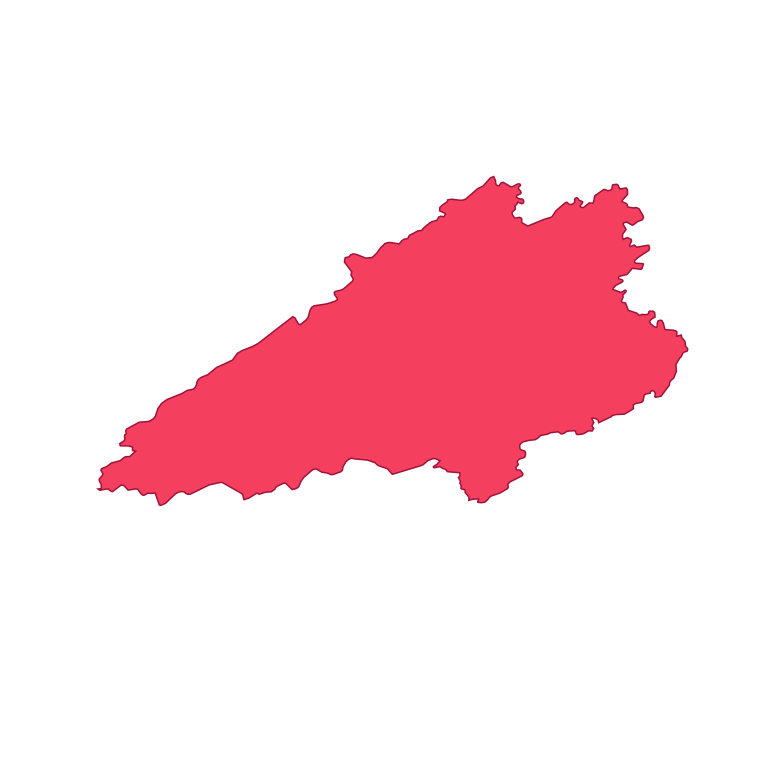 map outline of Kurgan (Equal Earth projection), rotated 157°
{"feature_id": "RUS-2380", "entity_name": "Kurgan", "entity_type": "Region", "adm_level": 1, "iso_a3": "RUS", "parent_name": "Russia", "parent_adm1": "", "projection": "equal_earth", "projection_center": [64.14, 55.502], "detail": "fine", "context": "isolated", "style": "filled", "palette": "rose", "viewbox_px": 768, "rotation_deg": 157, "n_neighbors": 0, "source": "natural_earth", "source_scale": "10m", "svg_char_len": 6121}
<svg xmlns="http://www.w3.org/2000/svg" viewBox="0 0 768 768"><g transform="rotate(157 384 384)"><path d="M688.2,399.1L685.2,398.1L683.6,401.8L683.9,406.1L683.3,407.8L679.2,409.8L677.8,411.1L678.3,414.2L678.1,415.3L677.2,416.4L671.7,416.3L665.7,417.8L656.7,416.5L652.1,417.9L650.3,418.0L646.4,416.6L638.8,419.2L641.5,421.0L640.1,424.2L643.6,426.9L650.9,430.1L650.6,432.3L646.1,433.1L644.4,433.9L643.3,437.3L642.6,438.4L640.6,439.0L640.0,441.9L638.5,443.1L624.4,444.5L615.6,441.6L612.9,441.5L609.7,442.2L607.1,443.5L601.9,449.6L596.6,452.9L589.8,454.5L573.6,454.2L567.7,455.0L561.7,453.8L559.2,454.6L557.1,456.4L555.3,459.1L553.0,460.8L549.5,461.5L542.7,461.4L531.8,464.6L514.1,465.2L506.9,469.6L501.2,470.2L489.7,469.9L484.0,470.5L441.7,481.6L440.2,479.8L439.3,472.4L437.6,471.4L431.0,473.3L428.0,474.8L423.0,481.0L420.6,482.8L417.8,483.3L405.3,480.1L396.5,479.3L394.0,479.9L393.6,481.3L394.6,485.4L394.0,487.8L392.1,488.2L386.9,487.2L384.3,487.3L372.8,491.0L371.3,492.4L371.8,497.3L369.9,499.9L372.8,511.8L370.3,515.5L366.6,514.7L364.2,516.0L361.3,515.7L358.7,514.0L351.5,506.9L345.4,505.1L339.7,507.2L334.0,510.7L328.2,512.9L324.9,512.6L322.1,511.4L315.3,507.0L311.5,509.0L309.2,509.4L305.2,508.6L303.2,510.5L302.1,510.9L293.2,511.7L289.5,510.7L286.1,512.3L278.9,514.4L276.7,514.7L271.4,514.0L268.3,516.3L266.1,516.2L263.3,514.5L261.1,516.3L261.0,517.1L265.2,521.7L263.6,524.7L260.8,525.8L254.5,527.1L253.6,528.6L249.8,527.8L242.3,523.5L239.7,522.5L236.5,522.3L221.6,527.2L215.5,527.5L205.5,532.2L201.9,532.1L201.9,527.7L203.0,523.9L201.8,521.9L200.4,521.6L197.5,523.4L195.5,523.1L190.2,516.0L189.1,515.4L182.8,515.9L181.3,515.4L180.6,514.6L180.8,513.4L183.0,512.7L183.9,511.4L182.9,508.0L183.1,506.3L184.4,505.7L188.2,505.5L189.2,504.4L187.5,501.9L184.2,500.0L183.8,498.4L184.6,496.5L185.7,496.0L186.9,496.2L189.9,499.1L191.7,497.4L193.9,496.7L194.8,493.5L198.9,492.0L199.4,491.2L199.7,490.0L199.2,487.0L198.6,485.8L197.6,485.1L194.6,484.7L193.0,483.3L192.7,481.8L193.8,480.0L194.0,478.6L189.9,473.2L172.2,473.0L164.9,472.2L163.8,472.4L158.3,476.2L146.4,480.0L144.6,479.8L143.6,477.4L142.8,476.8L141.4,476.1L139.1,476.0L137.4,476.9L136.3,479.6L135.4,480.2L133.8,480.2L133.0,479.0L132.7,477.0L130.0,474.3L130.4,473.2L133.9,471.2L134.1,470.6L133.2,469.4L131.3,468.5L124.3,470.5L121.2,468.9L119.7,470.0L116.5,474.9L105.7,477.2L104.4,476.6L102.6,474.6L99.8,473.9L98.1,474.5L96.4,477.2L95.5,478.0L91.7,476.9L90.9,475.6L90.8,471.7L89.4,471.0L84.5,469.9L84.0,468.5L84.7,465.7L85.8,463.3L93.0,459.9L93.6,458.8L90.9,456.1L90.0,454.4L90.5,452.2L90.3,451.6L85.8,448.7L82.7,447.8L80.8,445.6L79.8,438.1L80.1,435.8L81.9,434.3L87.5,434.3L92.7,433.0L93.7,433.5L97.4,438.3L100.6,438.6L101.3,438.2L101.4,436.4L100.8,433.1L101.0,431.5L105.7,428.7L106.9,426.5L107.3,423.6L102.9,423.8L100.0,420.6L100.3,418.7L103.6,416.0L103.8,414.9L103.5,414.3L99.3,414.1L98.0,411.2L86.5,408.5L86.0,407.8L86.4,405.5L87.7,403.6L100.3,401.3L105.1,399.7L105.7,398.0L105.0,396.8L98.5,393.6L98.4,393.0L101.3,389.5L102.6,389.1L110.2,393.5L117.4,389.9L125.3,391.1L126.4,390.6L127.0,389.1L124.2,387.2L123.7,385.8L124.0,385.2L125.3,384.7L132.0,384.2L135.5,382.7L136.3,381.6L130.0,375.6L125.6,376.2L125.0,376.0L124.7,375.1L125.6,374.1L129.5,372.5L130.0,370.4L132.8,367.9L133.1,367.2L132.8,366.0L130.0,364.2L130.3,356.4L123.5,350.3L122.4,347.6L121.8,347.3L119.1,347.2L116.3,345.6L114.0,345.1L112.8,345.7L112.0,347.0L111.0,347.3L107.9,345.9L106.9,344.2L108.3,339.7L111.7,339.4L115.0,338.0L115.2,335.7L113.5,332.2L111.7,329.9L111.1,329.8L110.0,330.4L108.6,333.4L107.0,335.0L104.5,334.7L103.4,333.8L103.1,330.7L104.1,324.7L103.1,323.7L96.5,320.4L94.5,318.8L94.1,317.3L96.0,313.6L91.2,312.9L91.8,310.5L90.3,305.8L91.6,300.9L90.7,297.8L91.1,296.8L92.4,295.7L94.8,296.1L96.9,295.7L99.7,293.0L101.9,292.1L107.6,287.9L109.9,281.4L115.0,276.3L119.8,274.6L122.0,271.3L133.7,264.5L139.1,265.6L139.7,266.6L138.2,268.7L137.9,270.3L138.4,271.9L139.2,272.9L140.9,273.1L141.6,272.9L142.7,271.5L146.1,272.4L148.7,272.1L152.2,267.2L154.2,266.5L159.7,267.6L162.2,267.5L162.8,267.1L163.9,264.1L164.5,263.7L174.5,262.3L183.0,265.4L185.9,265.7L187.8,265.1L201.5,264.5L201.1,266.8L201.4,267.9L203.9,270.5L206.0,271.3L206.3,270.9L205.9,266.5L209.0,264.2L208.3,261.2L210.7,259.4L214.1,261.0L219.8,260.2L225.0,261.6L226.2,262.2L226.5,262.9L226.3,265.8L227.2,266.7L233.8,269.0L237.6,268.3L239.7,268.5L240.5,269.0L242.4,272.0L249.5,274.0L253.6,274.0L259.7,275.4L263.7,274.0L266.8,273.7L272.3,275.4L278.5,276.4L281.2,275.8L282.9,274.8L284.1,271.7L284.0,270.3L280.6,267.2L280.4,265.7L282.0,262.7L283.3,261.6L288.9,261.9L290.7,261.3L291.9,260.1L291.8,257.3L295.2,255.8L295.6,253.2L292.2,251.4L291.2,247.1L291.8,246.1L293.1,245.5L306.1,244.7L309.0,243.5L310.1,240.2L311.2,239.4L320.2,238.3L329.0,239.0L331.2,238.5L333.8,237.0L337.4,235.8L340.8,236.7L343.8,238.4L343.7,239.1L341.9,240.8L341.8,241.2L342.2,241.5L347.8,243.3L351.4,243.8L350.1,246.1L350.5,248.6L351.7,252.4L350.7,255.0L353.3,256.7L354.0,257.7L352.7,260.2L352.9,263.1L351.6,264.7L352.1,268.7L349.6,270.2L349.1,272.8L359.9,278.5L360.7,281.5L362.7,283.0L364.7,286.1L370.6,287.3L371.0,288.2L370.7,288.7L366.5,289.4L362.3,291.5L366.1,295.4L368.6,296.2L373.6,296.4L379.2,294.5L381.9,294.4L411.6,297.6L414.0,304.7L421.4,311.4L423.1,315.2L429.1,320.5L440.3,326.5L443.0,328.5L446.1,328.4L449.6,327.2L454.3,323.6L456.0,320.8L458.1,320.1L465.6,320.5L468.2,321.2L470.7,324.0L475.8,327.2L479.3,332.0L480.6,332.7L483.1,333.0L494.3,329.4L498.4,326.9L502.6,322.8L504.4,322.2L507.4,322.2L509.4,322.6L510.1,323.2L513.3,331.2L515.0,331.9L522.3,331.6L524.2,331.0L525.7,329.8L529.9,328.8L535.3,330.7L541.4,331.2L542.3,331.6L542.8,332.6L544.4,333.1L552.8,331.8L557.6,332.1L558.2,332.5L557.3,336.9L557.9,338.9L571.5,356.7L573.8,357.5L584.5,359.4L605.4,358.3L607.1,358.8L609.0,360.4L609.9,362.5L611.6,363.7L613.4,364.4L616.0,364.6L618.8,364.4L631.9,359.5L636.9,359.5L638.1,360.5L637.2,373.1L640.6,374.0L644.0,375.8L648.1,375.3L649.5,375.9L650.5,377.6L651.9,383.6L654.1,384.6L661.0,386.3L663.1,391.9L664.0,393.0L665.8,393.6L675.8,391.0L677.0,391.7L678.9,395.0L680.9,395.9L687.1,397.2L688.2,399.1Z" fill="#f43f5e" stroke="#9f1239" stroke-width="1.5"/></g></svg>